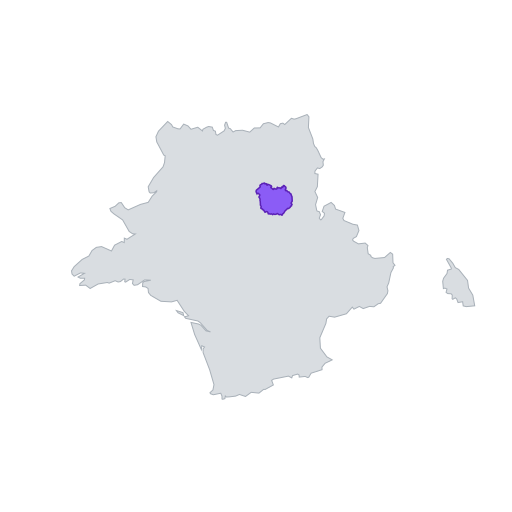 location of Côte-d'Or within France, rotated 327°
{"feature_id": "FRA-5282", "entity_name": "Côte-d'Or", "entity_type": "Metropolitan department", "adm_level": 1, "iso_a3": "FRA", "parent_name": "France", "parent_adm1": "", "projection": "orthographic", "projection_center": [4.917, 47.462], "detail": "fine", "context": "in_parent", "style": "filled", "palette": "violet", "viewbox_px": 512, "rotation_deg": 327, "n_neighbors": 0, "source": "natural_earth", "source_scale": "10m", "svg_char_len": 6712}
<svg xmlns="http://www.w3.org/2000/svg" viewBox="0 0 512 512"><g transform="rotate(327 256 256)"><path d="M366.2,211.8L363.5,213.4L361.9,216.5L360.2,217.3L357.1,217.4L355.5,215.6L351.7,216.9L350.3,218.9L352.6,221.2L345.2,231.3L340.5,234.0L339.6,240.5L333.9,245.4L331.9,250.5L331.7,251.6L333.2,253.2L332.6,256.5L329.7,258.7L329.8,260.8L330.6,261.1L335.1,259.4L336.7,257.4L335.8,254.7L340.2,251.3L348.2,252.0L349.3,256.3L348.3,260.0L354.3,267.9L349.3,271.7L349.1,274.2L354.5,282.1L357.9,285.3L356.2,290.7L350.8,294.4L347.2,294.2L345.7,295.1L345.9,296.7L348.5,301.6L354.6,304.6L355.6,308.2L353.9,309.6L351.3,315.2L352.6,317.9L352.1,319.1L352.8,321.0L354.4,322.8L363.0,327.3L370.6,326.2L371.6,328.9L367.2,336.3L367.5,339.5L365.2,339.7L364.8,340.8L360.1,343.4L352.6,350.9L349.1,353.2L347.7,357.0L345.7,359.1L334.7,363.5L332.6,362.6L327.2,362.8L323.8,360.1L317.3,358.5L315.2,354.6L309.2,353.9L308.9,351.3L300.4,353.7L288.6,350.1L284.5,346.3L281.0,347.2L277.9,350.6L265.0,359.3L259.8,368.4L260.5,379.2L263.3,384.6L255.5,383.6L250.8,385.1L249.5,387.3L238.4,384.3L234.2,386.4L233.1,386.1L231.7,383.8L226.3,381.1L227.3,379.3L226.6,377.7L221.5,376.2L219.6,377.7L217.8,374.4L203.7,368.8L201.4,368.8L200.3,373.6L191.0,372.9L189.8,372.0L183.8,372.6L177.7,367.7L170.7,368.1L166.7,363.1L162.6,362.4L156.9,359.6L154.3,358.1L154.0,356.7L152.2,358.7L150.0,358.0L149.6,357.4L151.2,354.9L151.7,351.9L144.6,349.1L142.8,346.7L142.9,345.6L146.9,344.9L150.7,341.0L155.2,326.1L159.0,308.3L161.0,305.1L163.3,304.3L161.7,301.7L159.2,304.8L161.8,288.4L165.3,276.3L170.8,281.8L172.1,284.1L173.3,291.6L176.5,294.9L174.5,291.8L173.0,281.8L171.9,278.9L163.1,270.0L162.9,268.1L166.9,269.4L165.7,263.1L165.7,250.2L160.2,248.5L151.6,242.2L146.3,231.8L145.9,228.1L147.8,224.4L146.6,221.8L144.2,219.8L146.5,216.7L148.3,216.5L154.6,219.0L149.6,215.4L141.0,215.6L137.8,214.2L137.4,211.8L140.0,209.1L137.3,206.9L132.4,206.9L131.9,206.1L133.6,204.1L132.4,203.2L128.4,203.6L126.2,202.7L124.4,200.0L118.1,198.8L116.8,197.2L108.4,193.5L99.2,192.9L97.3,187.7L92.0,184.7L93.3,183.3L99.0,182.6L100.2,181.3L96.5,178.9L95.3,176.7L102.7,177.1L99.6,174.6L92.5,173.9L91.9,170.9L93.2,168.0L97.7,165.9L108.3,164.2L115.8,165.0L121.5,162.1L126.8,161.8L131.6,164.0L137.5,173.1L143.3,169.9L151.3,170.7L152.8,173.0L155.3,169.3L156.9,171.7L166.8,171.8L164.6,170.1L163.0,166.4L163.8,153.1L159.7,143.1L158.7,139.5L159.3,136.6L165.0,137.6L169.9,136.7L172.1,137.8L172.2,144.0L173.9,147.7L187.2,149.8L194.8,152.3L201.6,149.2L207.7,148.0L208.3,147.2L204.8,147.3L201.6,145.6L201.3,144.0L203.3,139.2L212.9,134.4L226.6,130.6L230.2,127.8L234.4,122.5L233.6,121.1L234.9,106.3L237.0,101.5L242.2,98.2L255.2,95.1L256.7,99.8L256.5,102.5L259.8,106.8L261.5,108.1L267.2,106.0L269.8,109.9L270.5,114.3L277.3,116.3L279.2,122.0L280.5,120.8L284.8,121.1L286.8,121.6L289.5,124.1L288.7,127.5L289.9,129.2L288.6,132.3L289.5,133.7L297.4,133.7L299.8,132.3L300.9,129.2L303.3,127.3L304.2,127.9L302.7,133.8L303.8,135.3L304.3,139.5L307.3,139.8L313.2,143.2L318.2,148.7L324.3,147.7L329.2,150.8L334.2,149.1L338.9,150.7L340.6,152.3L345.1,160.0L348.5,158.3L350.9,159.2L351.7,161.4L360.7,159.8L362.5,162.0L364.4,162.7L375.9,165.2L376.2,168.1L369.9,176.8L367.4,188.8L365.5,192.9L364.9,196.1L365.5,198.1L365.3,201.4L364.2,209.1L365.0,211.4L366.2,211.8ZM417.1,369.3L416.8,374.3L418.7,377.7L420.1,391.7L416.8,398.7L416.5,406.9L412.3,416.9L404.8,413.0L402.6,410.7L404.4,406.9L400.1,405.1L400.9,401.4L400.4,399.6L397.4,399.5L397.2,398.6L399.3,395.7L399.1,394.0L396.3,391.9L395.6,390.0L398.2,387.7L396.9,385.8L395.4,385.4L398.8,378.9L401.2,376.8L406.7,374.7L408.9,372.2L412.6,373.3L413.2,372.6L413.9,362.5L415.2,362.3L416.4,363.5L417.1,369.3ZM163.9,263.7L162.9,266.6L159.7,261.2L159.5,258.4L163.9,263.7Z" fill="#d9dde1" stroke="#a8b0b8" stroke-width="1"/><path d="M288.1,224.4L287.4,224.2L287.4,221.7L287.0,221.2L287.0,220.3L286.9,220.0L286.7,219.9L286.2,219.0L286.1,218.7L286.2,218.4L286.4,218.1L286.6,218.0L287.0,217.8L287.3,217.3L287.4,215.7L287.6,215.3L287.9,215.0L289.3,212.5L289.7,211.4L290.3,210.7L290.4,210.3L290.6,209.6L290.5,208.7L290.6,208.1L292.2,207.2L292.5,206.7L292.4,206.1L291.9,204.5L291.7,204.4L290.9,204.3L290.7,204.4L290.8,203.6L290.9,202.9L291.3,201.7L292.2,201.0L297.0,200.4L297.3,200.2L297.4,199.9L297.4,199.6L297.5,199.3L297.9,198.9L298.3,198.7L298.5,198.7L299.3,198.9L299.6,198.9L299.9,198.9L300.5,198.5L301.3,199.0L302.6,199.3L302.9,199.5L302.7,200.1L302.8,200.4L303.0,200.5L303.8,200.8L304.0,201.0L304.1,201.4L303.8,201.8L303.8,202.0L303.8,202.3L303.9,202.6L304.0,202.7L304.4,202.6L304.5,202.3L304.7,202.2L304.9,202.2L306.0,203.7L306.5,204.5L307.0,205.4L307.0,205.7L307.0,205.9L307.0,206.1L306.8,206.2L306.6,206.3L306.1,206.3L305.9,206.4L305.8,206.5L305.7,206.8L305.8,207.0L306.1,207.3L306.2,207.6L306.2,207.8L306.4,208.8L306.4,209.1L306.6,209.5L306.9,209.7L307.1,209.7L307.4,209.5L307.6,209.2L307.8,209.1L308.0,209.1L308.2,209.4L308.6,210.0L308.8,210.4L309.1,210.6L309.5,210.9L309.7,211.0L309.9,211.0L310.2,211.0L310.4,210.9L310.5,210.8L310.7,210.6L310.7,210.4L310.9,210.2L311.0,210.1L311.3,210.0L311.5,210.2L311.5,210.3L311.6,210.6L311.6,210.8L311.9,211.0L312.3,211.4L312.8,211.7L313.1,211.8L313.3,212.1L313.3,212.5L313.5,212.9L313.7,213.0L313.9,212.9L314.5,212.4L314.9,212.3L315.0,212.5L315.4,212.8L315.5,212.7L315.7,212.3L316.5,212.7L316.8,212.4L316.9,212.2L317.2,211.9L317.4,211.9L317.7,212.0L317.8,212.2L318.0,212.4L318.1,212.6L318.1,212.8L318.0,213.0L318.1,213.4L318.2,213.6L318.4,213.9L318.4,214.1L318.5,214.4L318.5,214.6L318.4,214.9L318.2,215.1L317.9,215.5L317.7,215.9L317.2,216.0L316.8,216.2L316.7,216.4L316.5,216.8L316.5,217.1L316.5,217.3L316.6,217.5L316.8,217.6L317.0,217.6L317.4,217.9L317.5,218.1L317.5,218.4L317.5,218.6L317.5,218.9L317.6,219.4L317.8,219.7L318.0,219.8L318.2,220.0L318.5,220.2L318.5,220.4L318.6,220.7L318.6,221.6L318.6,221.9L318.7,222.3L318.8,222.5L319.1,222.9L318.6,224.9L318.5,225.8L318.3,226.2L316.5,229.3L316.2,229.7L316.0,229.9L315.6,230.0L315.2,230.2L314.9,230.4L314.5,230.6L314.3,230.8L314.2,230.9L314.1,231.2L314.2,231.4L314.2,231.7L314.3,231.9L314.4,232.2L314.3,232.4L314.1,232.5L313.4,232.9L313.0,233.3L312.5,233.1L312.1,233.2L311.0,233.8L309.1,233.9L308.9,233.8L308.6,233.4L308.4,233.3L308.2,233.3L307.1,233.7L305.2,233.9L302.4,235.2L301.3,235.2L301.2,235.2L301.1,235.3L300.7,235.7L300.4,235.9L300.2,235.9L299.9,235.8L299.8,235.6L299.7,235.1L299.4,234.6L298.2,234.2L297.8,233.8L297.1,232.1L296.8,231.9L296.3,232.0L296.0,232.0L294.6,231.5L294.2,231.1L293.7,230.4L293.5,230.2L293.1,230.3L292.8,230.4L292.5,230.4L292.4,230.2L292.2,229.7L291.9,229.1L291.5,228.9L291.1,228.8L290.7,228.6L289.8,227.5L289.3,227.4L289.4,226.7L289.7,225.9L289.6,225.2L289.3,224.7L288.9,224.4L288.5,224.3L288.1,224.4Z" fill="#8b5cf6" stroke="#5b21b6" stroke-width="1.5"/></g></svg>